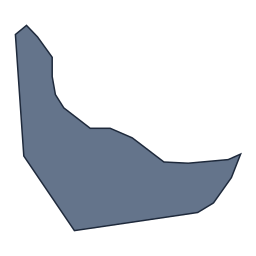 outline of Stonefield, Soufrière, Saint Lucia
{"feature_id": "8701671B93108958332775", "entity_name": "Stonefield", "entity_type": "district", "adm_level": 2, "iso_a3": "LCA", "parent_name": "Saint Lucia", "parent_adm1": "Soufrière", "projection": "robinson", "projection_center": [-61.059, 13.846], "detail": "fine", "context": "isolated", "style": "filled", "palette": "slate", "viewbox_px": 256, "rotation_deg": 0, "n_neighbors": 0, "source": "geoboundaries", "source_scale": "gbopen_adm2", "svg_char_len": 356}
<svg xmlns="http://www.w3.org/2000/svg" viewBox="0 0 256 256"><path d="M240.6,154.1L228.2,159.6L188.2,163.2L163.9,162.0L132.3,137.9L110.2,128.3L90.2,128.3L63.8,107.9L55.4,94.6L52.2,76.6L52.2,57.3L37.5,36.9L26.5,25.4L15.4,34.5L23.8,156.0L74.4,230.6L197.7,212.5L213.5,202.9L231.4,177.6L240.6,154.1Z" fill="#64748b" stroke="#1e293b" stroke-width="1.5"/></svg>